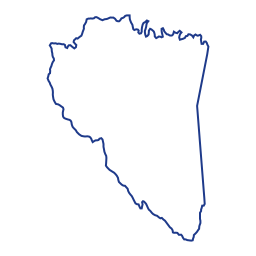 Ribeirão do Largo, Bahia, Brazil (Equal Earth projection)
{"feature_id": "56859067B83066818990212", "entity_name": "Ribeirão do Largo", "entity_type": "district", "adm_level": 2, "iso_a3": "BRA", "parent_name": "Brazil", "parent_adm1": "Bahia", "projection": "equal_earth", "projection_center": [-40.683, -15.459], "detail": "fine", "context": "isolated", "style": "outline", "palette": "blue", "viewbox_px": 256, "rotation_deg": 0, "n_neighbors": 0, "source": "geoboundaries", "source_scale": "gbopen_adm2", "svg_char_len": 3979}
<svg xmlns="http://www.w3.org/2000/svg" viewBox="0 0 256 256"><path d="M192.7,240.3L193.1,238.5L193.7,237.0L193.9,235.0L195.6,233.4L197.1,231.7L197.9,230.4L199.1,228.8L199.3,226.3L199.8,224.7L200.4,223.1L200.4,220.8L200.0,218.9L200.0,216.5L200.0,214.8L200.0,212.8L201.1,211.0L201.1,209.5L201.7,207.9L202.2,205.7L203.7,205.7L204.7,203.9L204.3,197.8L203.7,190.3L202.8,178.8L201.4,160.9L200.1,144.4L197.1,105.9L207.2,54.4L208.4,46.6L207.4,44.7L206.7,42.8L205.7,41.5L204.2,41.6L203.1,43.9L201.6,43.9L201.2,41.6L200.9,39.3L201.3,37.9L201.2,36.1L200.1,34.8L198.9,35.3L197.8,35.7L196.7,35.3L195.5,34.5L194.1,35.5L193.3,37.3L192.0,35.5L190.1,34.4L188.4,34.3L187.4,35.9L185.8,36.2L184.9,37.9L183.0,38.8L181.6,39.2L179.9,39.7L179.2,37.6L179.5,35.7L180.3,33.8L181.5,32.4L179.7,30.8L178.4,31.9L177.2,33.2L175.2,32.6L173.9,31.7L173.2,34.1L172.3,35.3L171.1,35.6L169.6,35.4L168.2,34.5L166.7,34.2L165.4,32.7L164.3,31.4L163.8,29.8L162.9,28.2L161.6,28.8L161.6,30.7L161.8,32.3L162.3,34.3L162.8,36.7L161.6,37.3L160.3,36.7L158.8,36.5L157.7,37.3L156.2,38.1L154.8,36.5L154.7,34.5L154.3,32.9L153.8,31.5L152.5,30.3L151.4,29.4L150.1,28.8L148.9,30.6L148.8,32.3L148.6,34.5L147.2,36.1L146.0,36.6L145.3,34.7L144.9,32.4L144.9,30.7L145.5,29.2L146.2,26.6L146.4,24.8L146.9,23.0L148.3,21.2L146.9,20.5L146.0,21.3L144.9,22.3L143.6,22.9L142.7,24.5L142.0,27.3L141.7,29.8L141.7,31.7L141.0,33.3L139.4,33.7L138.3,32.4L138.7,30.6L137.9,29.6L136.2,29.3L134.3,30.0L133.3,29.1L132.9,27.3L132.4,24.8L131.1,22.6L130.4,20.8L129.9,19.5L129.7,17.8L129.6,15.4L128.0,15.4L126.8,15.4L125.2,15.9L124.2,17.1L122.7,18.0L121.5,18.3L120.3,20.1L119.3,21.2L118.1,21.3L116.5,20.8L115.1,18.8L113.4,17.6L112.0,17.6L110.3,17.5L108.7,18.2L107.4,18.8L106.1,19.1L104.9,19.2L103.8,19.6L102.5,20.2L101.3,19.7L100.1,19.2L98.7,18.3L97.3,17.5L96.2,17.1L95.0,17.3L93.9,18.3L92.2,18.6L90.8,18.4L89.6,18.6L88.3,18.6L86.7,19.3L86.1,22.0L84.9,24.2L84.0,25.4L83.8,27.1L83.9,28.7L83.4,30.1L82.8,31.6L82.1,33.9L81.4,35.7L79.9,36.7L78.9,37.5L77.6,38.6L76.2,38.2L74.9,39.5L74.0,40.3L73.6,42.0L75.2,43.9L76.3,45.0L75.9,47.2L74.3,48.4L72.1,46.7L70.4,45.2L68.8,45.3L67.9,46.4L67.2,48.0L65.5,47.3L64.9,44.9L63.6,44.2L62.1,44.3L60.2,43.8L58.7,43.6L57.3,43.9L55.7,43.3L54.5,43.4L53.4,43.4L52.3,43.1L51.1,43.3L49.8,45.4L50.6,46.7L51.6,48.5L51.8,51.2L52.3,53.3L52.4,55.0L52.8,56.8L53.8,58.5L54.0,60.3L52.7,62.2L51.9,64.2L51.4,66.0L50.6,67.7L50.0,69.3L50.2,70.8L50.0,73.2L48.7,74.3L48.3,76.2L47.6,78.4L48.6,80.9L49.7,82.6L50.4,84.6L51.5,86.6L52.4,88.6L52.8,90.8L52.9,92.6L52.8,94.8L53.1,97.0L53.5,99.3L54.2,100.9L54.9,102.2L55.9,103.9L58.3,104.4L59.8,105.3L61.3,106.4L63.0,107.6L63.5,109.2L62.8,112.4L62.8,114.5L63.1,116.6L63.9,117.8L65.3,118.6L68.0,119.5L69.6,119.9L70.7,120.7L71.4,122.1L71.8,124.6L72.6,126.8L73.6,128.0L74.8,129.2L75.8,130.2L76.9,132.1L79.1,134.3L81.5,135.9L83.5,136.3L85.0,136.5L87.5,136.3L89.4,136.7L90.4,137.5L91.3,138.9L91.9,140.5L92.7,142.1L94.6,140.8L95.9,140.3L97.3,140.3L98.5,140.0L99.5,138.7L101.3,138.2L102.5,139.5L103.1,142.1L103.5,144.0L103.5,146.8L104.0,149.3L104.4,151.7L105.3,154.1L106.2,155.9L106.4,157.9L106.3,160.0L106.1,163.5L105.9,165.6L106.9,167.1L108.5,168.8L109.6,169.9L111.2,170.9L112.3,171.6L114.1,172.7L115.5,174.1L116.8,175.7L118.0,177.9L118.3,179.8L118.9,181.9L120.4,183.4L121.8,184.7L123.3,185.6L125.0,185.8L126.4,187.4L127.6,188.7L128.2,191.0L129.1,192.8L130.3,194.4L131.7,196.0L132.6,197.6L133.7,199.9L135.5,203.4L137.0,204.2L138.6,204.4L139.5,206.7L140.4,208.4L141.7,208.4L142.1,206.4L142.6,204.4L142.1,202.2L143.0,201.2L144.0,201.6L145.0,202.6L146.1,203.9L146.9,205.6L147.9,207.9L148.8,209.6L150.3,210.9L151.9,212.9L153.2,214.1L155.1,215.2L157.1,215.8L159.1,217.5L160.4,218.3L161.8,217.9L163.4,219.5L165.0,220.7L166.2,222.3L167.3,223.8L168.5,225.4L169.9,227.3L171.5,228.5L172.6,230.3L172.9,232.4L174.0,232.8L175.8,232.7L177.4,232.9L178.9,234.8L181.1,234.7L182.1,235.8L183.0,237.8L184.2,239.4L185.7,239.4L187.2,240.1L188.7,240.3L190.0,240.5L191.5,240.6L192.7,240.3Z" fill="none" stroke="#1e3a8a" stroke-width="2"/></svg>